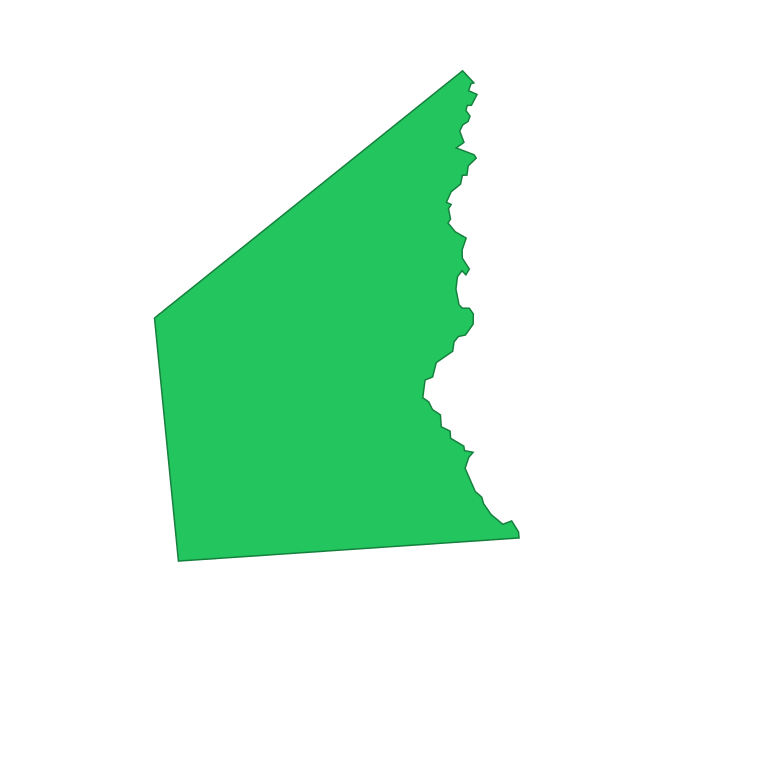 outline of Reeves, Texas, United States of America, rotated 47°
{"feature_id": "52423323B15445354954685", "entity_name": "Reeves", "entity_type": "district", "adm_level": 2, "iso_a3": "USA", "parent_name": "United States of America", "parent_adm1": "Texas", "projection": "mercator", "projection_center": [-103.627, 31.383], "detail": "fine", "context": "isolated", "style": "filled", "palette": "green", "viewbox_px": 768, "rotation_deg": 47, "n_neighbors": 0, "source": "geoboundaries", "source_scale": "gbopen_adm2", "svg_char_len": 1058}
<svg xmlns="http://www.w3.org/2000/svg" viewBox="0 0 768 768"><g transform="rotate(47 384 384)"><path d="M373.3,655.1L588.7,390.2L583.9,386.5L571.2,384.0L567.6,392.8L552.6,394.7L539.4,392.8L533.4,389.7L524.9,390.6L501.0,382.2L495.5,372.1L494.7,365.4L487.6,370.6L483.9,368.0L469.1,372.3L463.6,367.8L454.3,371.3L445.1,363.8L435.8,366.0L427.6,363.5L420.5,365.0L409.1,351.3L412.0,343.6L404.0,331.2L406.9,311.4L401.0,304.1L400.0,297.2L403.7,291.0L401.0,278.0L393.7,270.9L386.8,269.9L381.9,275.0L377.2,275.1L363.7,266.7L355.6,257.1L354.4,249.7L360.0,249.7L358.1,243.2L345.4,240.9L339.2,235.4L333.3,224.4L321.2,228.1L309.9,227.4L308.7,222.8L299.8,217.3L298.5,212.4L293.7,214.5L289.2,203.8L290.0,191.7L284.8,184.3L287.8,180.9L281.9,173.7L281.7,162.5L277.8,161.8L260.6,170.2L261.8,160.7L250.6,156.1L248.2,149.6L249.3,143.5L246.8,138.4L239.8,137.5L237.0,133.1L239.8,130.0L235.7,118.5L227.2,122.1L223.7,115.5L225.1,112.9L208.5,112.9L188.7,380.2L180.1,494.6L180.0,498.2L179.6,500.4L179.3,506.9L373.3,655.1Z" fill="#22c55e" stroke="#15803d" stroke-width="1.5"/></g></svg>